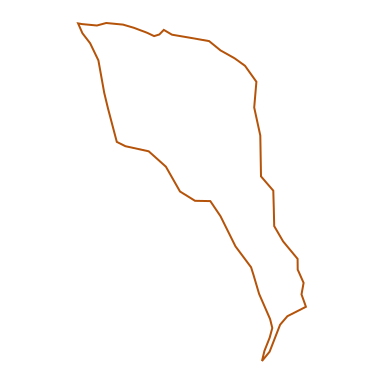 outline of Melouseia, Cyprus
{"feature_id": "46923920B81614403917932", "entity_name": "Melouseia", "entity_type": "district", "adm_level": 2, "iso_a3": "CYP", "parent_name": "Cyprus", "parent_adm1": "", "projection": "robinson", "projection_center": [33.588, 35.068], "detail": "fine", "context": "isolated", "style": "outline", "palette": "amber", "viewbox_px": 384, "rotation_deg": 0, "n_neighbors": 0, "source": "geoboundaries", "source_scale": "gbopen_adm2", "svg_char_len": 804}
<svg xmlns="http://www.w3.org/2000/svg" viewBox="0 0 384 384"><path d="M78.1,23.4L82.4,33.2L90.1,43.2L98.4,60.4L104.2,92.7L107.9,108.1L116.8,141.9L125.4,146.2L148.7,151.3L165.9,166.7L180.0,191.5L195.0,200.8L210.3,201.1L220.5,216.2L235.5,246.4L251.1,267.3L253.6,275.3L259.1,293.9L270.1,319.1L272.3,328.0L269.7,337.6L264.4,351.0L262.0,361.0L269.6,351.7L280.1,324.7L287.4,316.2L305.9,306.8L305.3,305.0L301.5,294.4L303.6,282.9L298.7,271.8L297.7,269.7L297.6,258.9L283.1,241.4L274.2,226.1L273.8,208.7L273.3,190.7L261.0,176.4L260.3,135.6L254.2,107.5L256.4,81.8L245.0,65.8L234.6,58.3L220.5,50.4L209.1,41.1L188.6,37.5L172.0,34.7L163.8,29.9L159.3,34.5L154.1,36.1L147.6,33.0L144.6,31.8L140.5,30.3L133.9,27.8L123.0,24.6L106.2,23.0L96.9,25.5L82.1,24.1L78.1,23.4Z" fill="none" stroke="#b45309" stroke-width="2"/></svg>